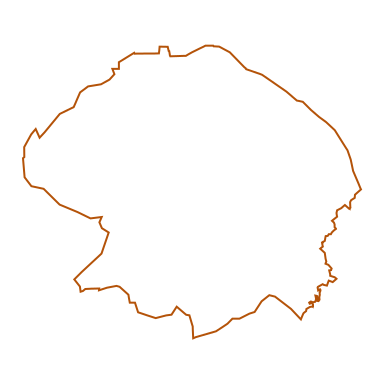 Belleh, Gbapolu, Liberia
{"feature_id": "62588387B94232483093280", "entity_name": "Belleh", "entity_type": "district", "adm_level": 2, "iso_a3": "LBR", "parent_name": "Liberia", "parent_adm1": "Gbapolu", "projection": "equal_earth", "projection_center": [-9.866, 7.529], "detail": "fine", "context": "isolated", "style": "outline", "palette": "amber", "viewbox_px": 384, "rotation_deg": 0, "n_neighbors": 0, "source": "geoboundaries", "source_scale": "gbopen_adm2", "svg_char_len": 3187}
<svg xmlns="http://www.w3.org/2000/svg" viewBox="0 0 384 384"><path d="M361.0,189.4L360.4,188.2L358.6,183.8L353.1,170.9L351.9,165.1L350.7,159.5L347.5,150.3L346.0,148.0L342.9,143.1L338.5,136.1L334.8,130.2L326.1,122.1L319.0,116.9L311.0,110.0L309.3,108.3L308.3,107.3L307.5,106.5L302.8,101.8L298.2,100.8L296.9,100.6L292.2,96.6L291.8,96.2L286.4,91.6L268.5,79.2L262.1,74.8L260.1,74.0L246.2,69.2L245.8,68.7L245.8,68.4L244.1,67.0L229.8,52.3L222.3,48.3L221.6,47.9L219.1,46.6L213.6,46.3L213.4,46.0L213.2,45.7L206.8,45.7L205.4,45.7L204.2,46.3L203.7,46.6L199.9,48.4L192.0,52.3L188.8,54.1L188.1,54.5L185.8,55.9L184.9,55.9L182.9,55.9L177.0,56.1L170.3,56.3L170.1,55.9L169.8,55.0L169.8,54.6L169.2,51.1L168.7,51.0L167.7,46.8L162.3,46.7L161.5,46.7L159.8,46.7L159.6,46.7L159.3,50.3L158.9,53.4L155.2,53.5L137.2,53.6L134.6,53.7L134.2,52.8L118.9,62.2L118.9,68.9L112.4,68.9L114.4,74.2L109.5,79.6L101.0,84.3L88.1,86.4L80.1,92.4L76.4,100.9L75.6,102.8L73.7,107.1L59.8,113.9L44.6,132.3L39.6,137.7L35.7,129.0L34.0,131.0L31.2,134.4L24.2,147.1L24.3,157.1L23.0,158.2L24.6,177.3L31.4,186.2L43.6,188.8L59.6,204.6L77.6,212.1L90.5,218.4L101.7,217.0L99.4,222.3L101.9,228.2L108.7,232.5L101.5,253.6L81.6,272.1L74.3,279.4L79.9,286.5L80.6,291.7L82.9,291.0L85.3,289.0L91.2,288.7L99.2,288.5L99.0,290.3L107.0,287.7L116.5,285.9L119.6,286.8L128.4,294.7L129.0,298.4L129.8,302.7L135.0,302.7L136.7,308.0L138.1,312.3L142.6,313.8L146.7,315.2L155.7,318.1L166.2,315.4L171.5,314.7L176.7,306.7L184.3,313.2L186.2,314.8L189.4,315.3L192.1,324.5L192.7,326.4L192.8,329.8L193.2,338.3L195.9,337.1L216.0,331.3L222.6,327.0L227.5,323.7L232.4,318.7L239.4,318.7L249.5,313.6L254.6,312.0L261.6,301.3L269.3,295.2L275.0,296.6L291.0,308.9L300.9,319.4L301.6,317.6L303.2,313.8L303.7,313.0L306.1,311.1L306.4,309.0L309.8,307.0L312.3,306.5L312.6,306.7L312.6,306.4L313.0,306.3L313.0,304.5L312.6,303.8L312.6,303.3L312.1,303.0L309.7,303.7L309.2,302.6L310.2,301.9L310.9,301.5L312.9,302.3L315.1,301.8L316.1,299.2L315.7,296.8L315.4,295.6L316.4,295.8L317.2,296.1L317.3,297.5L317.6,299.1L317.0,300.3L316.7,300.8L318.5,301.1L319.5,299.7L319.4,298.3L319.3,297.1L319.8,294.9L319.7,293.4L319.6,292.7L320.1,291.8L320.5,290.1L320.0,289.3L318.2,290.5L317.6,287.6L317.9,287.1L317.9,286.9L318.2,286.7L322.7,284.2L323.8,284.9L326.9,285.6L328.6,281.0L328.8,280.6L331.4,281.6L332.7,282.1L336.5,278.8L335.5,277.9L334.6,277.2L333.3,276.8L330.2,275.8L330.2,274.9L330.2,274.4L329.2,270.4L331.1,270.1L331.6,268.5L330.8,267.6L328.9,265.4L328.3,264.8L325.5,263.7L325.6,263.3L326.3,261.5L325.6,258.8L324.8,253.0L324.7,252.8L320.2,248.7L321.1,247.9L322.8,246.6L322.3,244.2L322.0,242.5L322.9,241.9L323.2,242.1L323.4,241.7L324.8,240.9L325.5,236.9L325.7,236.1L326.8,236.0L327.7,235.9L328.5,234.7L328.8,234.2L329.1,234.2L330.9,234.2L331.8,232.5L333.7,230.6L335.8,229.0L335.6,228.7L335.8,228.5L335.5,228.1L334.6,227.2L334.6,225.4L334.6,224.4L333.9,222.5L333.4,222.1L332.0,220.8L332.8,220.1L337.1,216.7L336.8,215.2L336.5,213.0L337.1,210.3L341.4,208.1L342.0,207.5L344.9,205.0L349.1,208.7L349.7,208.2L349.9,208.5L350.1,207.8L350.4,207.6L350.3,207.0L350.1,202.2L351.0,200.3L352.3,199.4L354.7,197.9L354.9,195.7L355.0,194.7L356.8,193.1L361.0,189.4Z" fill="none" stroke="#b45309" stroke-width="2"/></svg>